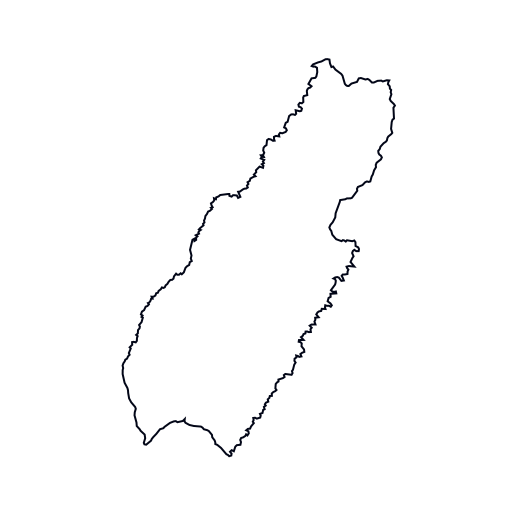 Tiros, Minas Gerais, Brazil, rotated 12°
{"feature_id": "56859067B17885968557044", "entity_name": "Tiros", "entity_type": "district", "adm_level": 2, "iso_a3": "BRA", "parent_name": "Brazil", "parent_adm1": "Minas Gerais", "projection": "robinson", "projection_center": [-45.811, -18.837], "detail": "fine", "context": "isolated", "style": "outline", "palette": "ink", "viewbox_px": 512, "rotation_deg": 12, "n_neighbors": 0, "source": "geoboundaries", "source_scale": "gbopen_adm2", "svg_char_len": 6100}
<svg xmlns="http://www.w3.org/2000/svg" viewBox="0 0 512 512"><g transform="rotate(12 256 256)"><path d="M148.3,390.9L149.4,393.3L149.3,395.2L150.1,399.2L153.8,407.3L157.7,411.9L158.7,413.9L159.5,416.7L161.5,421.7L164.3,425.0L169.2,428.8L170.2,430.5L169.9,434.0L170.3,437.1L173.7,443.7L174.7,447.1L178.2,449.6L179.5,451.0L184.2,453.8L185.5,457.3L185.1,462.1L186.0,463.4L187.8,463.4L191.7,458.5L192.1,456.6L193.2,454.4L195.5,450.7L198.1,445.4L201.2,443.7L202.0,442.2L206.6,437.1L210.1,434.8L211.9,434.2L213.7,434.9L218.7,432.6L220.2,430.3L220.4,432.5L221.7,433.8L226.0,435.1L230.5,435.2L237.6,434.3L239.4,435.0L241.0,436.3L244.5,436.5L246.2,437.0L250.1,440.1L250.9,442.4L253.9,445.0L254.9,446.7L255.3,448.4L257.4,448.8L261.7,451.0L268.3,456.1L269.8,456.4L271.4,457.4L273.3,456.3L273.2,454.4L271.3,452.9L272.6,451.0L274.9,451.6L275.4,446.8L276.6,445.0L280.0,443.9L280.0,441.1L278.8,439.2L279.3,437.1L281.1,436.1L283.0,434.2L283.4,432.5L284.9,433.3L285.8,431.0L285.0,429.0L282.7,428.5L284.0,426.8L286.1,426.1L286.6,423.7L288.6,419.9L287.3,418.8L287.8,417.0L287.0,415.0L288.7,414.4L290.6,414.9L293.7,413.2L293.8,411.2L292.7,409.6L295.0,408.2L295.0,405.0L296.3,404.1L295.1,401.9L296.6,400.3L295.5,399.2L296.2,397.4L298.3,395.9L297.3,393.8L298.6,392.0L298.6,390.1L300.6,389.5L300.0,387.2L301.2,385.5L303.0,384.1L303.9,382.8L302.5,381.5L301.9,377.1L302.9,375.2L304.1,374.1L303.6,372.2L307.8,369.8L309.1,368.4L308.0,366.7L309.2,365.3L315.5,364.8L316.1,362.9L315.1,361.1L315.8,359.6L316.0,354.3L316.9,352.0L315.4,350.6L315.1,348.4L316.7,346.7L316.0,345.0L317.8,345.1L319.3,345.7L321.3,344.8L319.8,342.7L321.3,341.0L323.2,339.8L322.4,337.4L319.3,334.9L318.9,332.0L317.4,331.0L315.6,331.0L315.5,329.3L320.0,328.2L316.9,326.0L318.4,324.3L318.7,322.5L320.4,321.5L320.2,319.6L321.7,319.2L323.5,319.5L325.5,318.9L324.5,316.4L325.4,314.6L323.0,313.0L324.5,311.5L328.4,310.6L326.8,308.0L327.3,306.0L326.7,304.1L330.0,302.9L327.1,300.6L327.9,298.4L329.1,297.1L331.2,296.2L331.3,294.0L335.0,293.4L334.1,291.8L334.0,289.8L335.8,290.0L337.7,289.5L339.7,290.1L340.4,288.5L338.7,286.9L335.5,285.4L335.7,281.9L337.5,280.4L336.7,277.5L342.3,275.9L341.5,274.1L339.8,274.9L338.1,274.9L336.4,273.9L339.3,267.5L339.4,265.7L339.2,263.6L338.1,262.2L336.5,261.9L337.9,260.5L339.9,259.7L341.5,259.9L344.7,262.6L347.0,261.7L345.2,259.0L343.9,257.6L344.7,256.1L346.8,255.6L349.2,254.6L348.8,252.1L349.2,250.1L347.8,249.1L346.8,247.6L349.0,246.5L354.4,245.9L349.7,242.2L350.7,237.9L351.5,236.0L349.4,233.1L349.7,231.0L350.9,229.5L353.0,230.4L355.4,229.9L355.3,227.8L354.2,226.3L351.3,225.5L350.4,221.8L348.9,220.4L347.1,221.5L341.7,221.7L340.8,223.2L339.2,222.5L337.7,222.4L336.6,223.7L330.9,222.9L326.2,219.3L324.4,215.8L323.0,214.6L321.8,212.8L322.4,210.0L324.0,207.1L325.5,201.8L325.0,197.6L326.7,185.8L326.7,183.8L331.6,181.9L332.9,180.8L336.6,179.9L337.8,179.1L341.5,171.1L340.8,169.3L341.3,167.3L345.4,164.5L347.4,161.2L349.0,160.0L350.9,160.1L352.3,159.3L352.6,154.1L353.3,152.1L353.7,147.6L354.9,144.2L354.2,142.0L354.6,139.7L358.1,135.5L358.6,133.4L357.3,131.9L355.5,131.1L354.4,129.8L353.7,127.8L354.8,125.7L355.0,123.2L357.4,119.1L359.2,117.3L360.0,115.8L360.0,113.3L360.5,111.7L363.0,108.6L363.7,107.2L361.7,103.6L360.9,96.7L361.2,94.2L362.4,92.9L359.6,82.4L360.6,80.0L359.3,78.7L355.6,76.4L354.2,74.7L354.8,69.6L353.7,67.8L353.7,65.5L352.2,64.5L351.5,62.2L349.3,60.5L349.3,58.3L349.8,56.6L347.4,56.9L343.7,58.9L342.1,58.4L338.5,59.4L335.2,61.8L333.3,62.2L330.3,60.2L328.4,59.6L326.4,60.6L321.6,60.1L319.6,60.9L318.6,64.7L313.5,67.5L311.4,70.4L309.9,70.7L308.5,70.2L307.1,69.1L303.1,61.6L301.5,60.2L295.0,57.2L292.0,54.6L290.5,55.5L288.3,52.2L287.0,48.6L284.9,48.6L283.1,49.1L279.6,52.1L276.5,53.7L272.0,56.7L271.0,58.6L272.7,58.9L274.1,58.4L276.5,59.2L277.7,63.4L277.7,67.8L277.0,69.4L273.4,70.7L271.5,76.8L275.0,78.4L274.0,80.0L272.4,80.9L271.6,82.4L271.4,84.0L272.7,88.0L269.5,89.6L269.2,91.2L270.3,95.5L269.1,97.1L267.0,97.1L266.0,99.1L266.9,101.0L268.8,101.2L270.3,102.3L270.1,104.6L268.8,105.3L264.5,105.2L265.7,108.5L264.8,109.9L262.9,109.7L261.0,110.2L259.3,112.2L259.0,118.2L257.4,119.5L256.8,124.4L258.7,124.9L260.0,126.6L259.2,128.5L256.2,130.5L254.0,130.5L253.1,132.4L253.9,134.2L250.5,134.4L248.8,135.7L249.3,137.8L250.2,139.3L248.7,139.8L246.3,138.9L244.0,138.9L242.7,140.4L243.2,145.4L241.7,146.9L240.9,148.6L241.1,151.3L242.6,153.3L241.8,155.9L243.1,157.5L241.1,157.8L240.4,159.6L244.0,160.3L243.1,162.2L244.4,163.5L242.6,165.0L244.5,166.2L244.5,168.3L240.9,167.8L238.1,172.2L238.8,174.0L237.0,176.8L238.9,178.1L237.2,179.0L234.4,181.4L234.3,183.8L232.4,185.6L233.6,187.1L232.5,189.0L233.7,190.7L232.3,192.1L230.8,192.5L229.4,193.5L226.9,196.3L225.2,196.9L228.4,201.4L226.4,202.9L224.7,200.8L222.5,201.0L220.9,201.3L219.8,203.0L217.5,202.7L217.0,200.9L215.4,201.3L208.3,203.8L207.0,205.5L204.9,206.9L205.0,208.7L202.9,208.3L203.6,210.3L202.6,212.2L201.0,213.9L202.0,215.7L203.4,217.3L201.9,218.2L203.1,219.2L201.5,221.4L199.9,222.5L199.3,225.1L198.2,227.4L198.3,230.0L197.8,232.2L198.6,233.9L197.5,235.6L198.3,236.9L195.7,240.1L194.7,241.8L196.4,242.1L195.3,243.3L194.7,244.8L195.6,246.0L192.8,248.2L194.6,249.0L193.6,250.4L194.1,252.7L192.7,254.1L192.0,252.0L190.5,253.3L190.2,263.7L192.8,268.9L192.8,272.1L194.2,274.3L192.5,275.8L192.5,278.7L190.7,280.3L189.5,282.2L188.8,287.0L187.2,289.3L185.9,288.6L184.6,290.3L182.9,290.7L181.5,289.9L180.0,293.0L180.0,295.3L178.8,296.8L177.2,297.2L175.9,299.4L175.1,301.8L173.7,303.5L173.3,305.5L172.1,306.5L170.5,306.3L169.8,308.3L168.0,310.4L167.7,312.3L166.1,313.2L165.8,315.6L164.1,317.2L162.4,317.5L163.7,319.2L162.3,319.6L162.1,321.7L161.3,323.6L160.1,324.5L161.3,325.6L160.2,327.5L158.6,328.5L157.8,332.2L156.0,334.1L155.6,337.1L157.4,337.8L156.7,339.4L158.1,339.8L157.8,344.5L156.0,347.8L157.1,349.2L157.1,351.0L156.0,353.0L156.5,356.3L155.2,358.1L156.9,359.0L156.6,360.8L157.1,363.8L156.3,365.5L154.2,365.4L152.7,366.0L153.4,368.6L151.4,371.6L152.7,372.5L151.8,377.4L152.9,378.9L151.7,380.8L151.2,383.2L149.7,384.6L149.5,386.3L148.6,388.5L148.3,390.9ZM241.8,155.9L239.8,156.5L241.1,157.8L241.8,155.9Z" fill="none" stroke="#020617" stroke-width="2"/></g></svg>